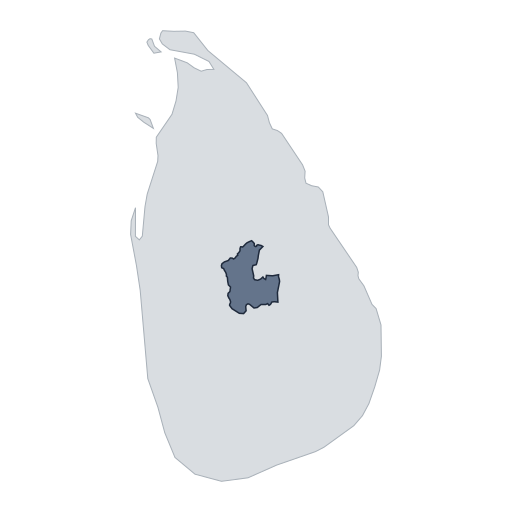 Mātale highlighted on a map of Sri Lanka
{"feature_id": "LKA-2449", "entity_name": "Mātale", "entity_type": "District", "adm_level": 1, "iso_a3": "LKA", "parent_name": "Sri Lanka", "parent_adm1": "", "projection": "albers", "projection_center": [80.718, 7.7], "detail": "fine", "context": "in_parent", "style": "filled", "palette": "slate", "viewbox_px": 512, "rotation_deg": 0, "n_neighbors": 0, "source": "natural_earth", "source_scale": "10m", "svg_char_len": 2530}
<svg xmlns="http://www.w3.org/2000/svg" viewBox="0 0 512 512"><path d="M162.6,30.7L173.7,31.3L185.5,31.1L193.7,32.7L207.9,50.6L246.5,82.8L267.5,115.5L269.4,122.7L272.3,128.9L277.3,130.5L281.6,133.4L302.6,164.9L305.1,171.2L304.7,178.0L306.0,183.2L311.5,185.7L318.3,187.0L322.8,191.8L328.5,217.0L328.5,224.8L330.1,228.2L356.7,267.4L358.3,272.2L358.0,275.7L358.8,278.8L363.9,285.8L372.0,304.4L376.1,308.6L381.0,325.0L381.4,356.2L379.6,370.1L374.7,387.0L368.9,403.6L362.5,415.6L353.8,425.7L324.0,447.2L315.5,451.6L276.6,465.1L248.0,477.8L221.5,481.3L195.0,474.2L175.0,457.5L164.8,432.8L157.9,407.2L147.8,378.6L140.2,290.4L136.5,265.8L130.6,234.4L131.2,220.8L135.5,207.7L135.4,236.3L139.3,239.9L142.3,236.2L145.0,206.6L147.2,194.1L157.7,161.4L158.0,155.6L156.2,143.4L156.3,137.2L172.0,114.3L176.0,101.0L178.2,87.4L177.4,72.6L174.6,58.1L187.2,62.8L194.1,67.8L201.2,71.2L207.0,69.5L213.9,69.4L209.0,61.5L194.3,54.2L169.9,49.7L162.3,43.9L159.4,38.9L160.9,33.1L162.6,30.7ZM150.1,119.5L153.4,128.4L143.9,122.3L137.7,117.3L135.5,113.2L148.4,117.8L150.1,119.5ZM161.1,51.9L153.9,53.2L148.2,45.4L146.9,42.1L148.4,39.8L150.0,38.7L151.8,39.0L154.5,46.3L161.1,51.9Z" fill="#d9dde1" stroke="#a8b0b8" stroke-width="1"/><path d="M251.6,240.7L252.7,241.7L254.3,243.5L254.2,245.6L254.9,246.3L255.8,246.6L256.6,246.1L256.6,245.4L258.0,244.7L259.3,245.1L261.2,245.5L262.9,246.5L259.4,250.1L258.3,255.7L258.0,258.3L256.8,263.0L256.5,263.9L256.2,264.7L252.9,265.5L252.1,268.7L253.7,275.8L253.5,278.0L254.6,279.7L257.7,280.3L260.6,279.1L262.9,277.0L263.8,278.4L265.6,279.5L266.1,277.5L266.4,275.4L272.6,275.8L278.6,274.7L278.5,276.7L279.3,279.3L279.6,281.5L278.5,287.1L277.4,292.5L277.9,302.1L274.3,301.7L271.9,302.0L270.6,304.2L269.9,304.8L269.0,305.3L267.6,303.6L265.7,304.5L261.0,304.5L257.3,307.5L254.0,308.0L249.7,304.4L248.0,303.8L246.4,304.7L245.7,306.6L246.1,310.8L243.6,313.6L239.3,313.3L232.0,308.7L229.6,305.4L229.7,304.2L230.3,303.3L230.6,301.9L230.2,300.5L229.7,299.2L228.9,298.1L227.8,295.7L228.1,293.3L229.7,291.8L230.1,290.8L230.1,289.7L230.4,288.3L230.5,287.0L228.4,284.9L227.7,281.3L227.4,277.4L226.8,276.5L226.4,276.2L226.4,274.2L225.6,272.2L224.4,270.3L223.6,268.5L222.7,268.2L221.7,267.7L221.4,265.6L222.0,263.7L224.4,261.9L228.3,260.5L230.3,258.0L232.2,258.1L233.6,259.0L235.3,257.8L236.2,256.4L237.0,255.8L237.7,255.4L237.6,254.5L237.4,254.0L238.9,252.5L240.0,250.8L240.0,248.6L240.6,246.8L241.8,246.8L242.6,247.0L243.3,246.5L245.5,244.1L247.0,242.8L249.2,241.7L251.6,240.7Z" fill="#64748b" stroke="#1e293b" stroke-width="1.5"/></svg>